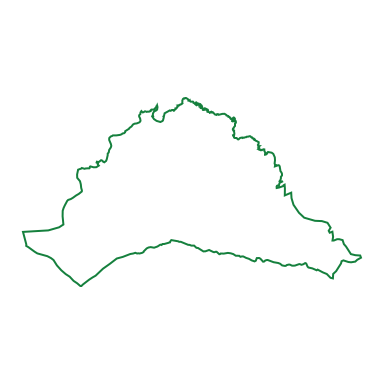 the district of Dauphin, Dauphin, Saint Lucia
{"feature_id": "8701671B67654174060035", "entity_name": "Dauphin", "entity_type": "district", "adm_level": 2, "iso_a3": "LCA", "parent_name": "Saint Lucia", "parent_adm1": "Dauphin", "projection": "orthographic", "projection_center": [-60.901, 14.058], "detail": "fine", "context": "isolated", "style": "outline", "palette": "green", "viewbox_px": 384, "rotation_deg": 0, "n_neighbors": 0, "source": "geoboundaries", "source_scale": "gbopen_adm2", "svg_char_len": 6060}
<svg xmlns="http://www.w3.org/2000/svg" viewBox="0 0 384 384"><path d="M23.0,231.9L26.3,244.4L26.2,245.9L28.3,247.1L34.6,251.7L37.3,253.4L47.4,256.2L51.0,258.1L53.5,260.0L56.9,265.4L61.3,270.3L65.7,274.1L69.7,276.7L73.6,280.9L77.2,283.3L80.3,286.0L81.4,286.0L82.9,284.5L89.1,279.7L92.6,277.4L95.6,275.7L103.0,268.7L109.9,263.8L116.8,258.5L122.8,256.9L130.3,254.0L133.3,253.5L135.3,252.8L137.1,253.5L138.2,253.3L139.5,253.5L142.0,252.9L143.5,252.1L143.8,251.3L146.7,248.4L148.5,247.5L150.7,247.1L154.1,247.7L157.5,246.5L160.1,244.8L161.2,244.6L161.6,244.9L162.7,244.0L164.2,244.0L168.9,242.7L169.4,242.3L170.0,242.3L170.3,241.4L171.3,240.1L178.2,241.3L179.1,241.8L180.8,241.8L188.1,244.8L189.7,244.9L191.3,245.6L194.1,245.6L196.4,247.8L198.0,248.0L203.4,251.4L205.4,251.3L209.1,250.0L213.5,252.1L214.3,252.2L216.0,251.7L216.6,251.8L219.3,254.2L220.0,254.1L220.7,253.5L223.8,253.6L227.9,252.9L230.7,253.3L233.3,254.1L235.7,255.7L239.2,255.8L240.4,256.8L242.1,256.4L243.4,256.5L246.1,257.9L248.9,258.8L251.7,260.4L254.6,261.4L255.8,260.7L256.8,258.1L259.1,258.0L260.4,258.7L263.1,261.7L264.2,261.5L265.1,260.6L266.4,260.1L267.7,260.0L273.6,262.2L278.2,263.0L280.2,263.8L282.1,265.4L284.6,265.9L285.7,265.9L286.7,265.1L288.6,264.6L289.8,264.6L291.9,265.6L292.9,265.7L294.9,265.6L298.9,264.2L299.7,264.1L301.5,264.8L303.4,264.2L305.1,263.1L305.6,263.1L306.3,263.7L307.5,266.5L308.4,267.5L312.4,268.4L316.7,270.3L317.6,269.6L322.9,272.4L326.8,274.0L330.5,277.8L332.9,278.4L333.2,273.9L336.1,271.2L341.0,263.5L341.6,261.2L343.4,260.4L348.4,262.0L351.1,262.3L355.3,261.6L357.2,259.8L361.0,257.7L360.2,255.5L355.4,255.2L350.9,254.1L346.0,246.5L343.9,244.1L342.6,240.1L339.2,239.2L337.1,239.2L333.9,240.5L332.5,240.5L333.1,236.8L332.4,231.7L329.7,232.7L328.7,230.8L330.6,227.7L327.5,222.8L321.9,221.1L315.0,220.8L304.2,217.7L299.0,212.8L293.5,204.8L291.5,198.1L291.2,192.7L284.8,195.4L284.9,188.6L284.6,184.7L283.5,185.3L283.1,186.1L279.2,187.5L276.7,188.0L276.6,186.6L277.0,185.8L277.5,185.5L278.9,185.6L279.4,183.3L279.9,182.7L282.2,181.6L282.1,181.4L281.7,181.4L279.9,181.8L279.5,181.3L280.4,180.0L280.9,178.4L280.9,176.9L282.0,175.4L282.0,173.9L281.5,172.5L280.5,171.2L279.7,166.4L279.2,165.5L278.3,165.2L274.9,166.4L275.0,165.7L276.0,165.0L275.0,164.6L274.6,163.5L275.0,160.2L274.8,157.3L273.3,153.9L271.7,152.7L268.0,152.0L267.3,152.6L267.2,153.5L265.8,154.6L265.0,154.7L265.0,154.0L265.5,153.2L264.4,151.0L264.3,149.4L263.3,149.3L262.0,150.1L261.6,149.9L260.9,150.3L259.6,149.8L260.0,149.4L259.8,149.3L258.4,149.0L258.9,148.5L258.5,148.1L259.0,147.4L258.4,147.0L259.4,146.1L258.7,146.1L257.9,145.1L257.9,144.8L258.5,144.2L258.7,142.2L256.6,141.0L255.5,140.6L255.1,140.1L254.4,140.0L254.2,139.8L254.7,139.3L254.3,138.8L253.4,138.9L252.9,138.1L252.3,138.1L252.1,137.4L251.2,137.2L250.4,136.3L249.6,136.2L247.9,136.7L246.8,136.7L246.2,137.2L245.4,137.2L243.8,137.8L242.9,137.5L242.4,138.0L241.5,137.6L240.0,138.0L238.5,139.4L237.8,139.3L236.6,138.0L234.8,138.0L234.1,137.6L233.8,136.6L234.0,136.1L233.1,135.7L233.0,135.2L234.0,134.8L234.4,134.0L234.1,131.6L233.8,131.3L234.1,130.6L233.8,130.2L233.1,130.1L232.8,129.2L233.1,128.4L233.7,128.0L234.1,127.0L235.0,126.0L235.0,123.4L235.2,123.0L235.9,122.7L235.8,121.2L235.5,120.8L232.7,121.4L232.1,121.1L232.2,120.8L233.3,120.7L234.8,119.8L234.9,118.7L234.2,117.7L233.6,117.5L232.9,118.1L232.8,118.9L231.9,118.8L231.2,119.2L230.7,118.9L230.4,118.0L230.0,117.9L229.5,116.9L227.6,116.8L228.3,116.5L228.2,116.0L226.5,115.5L226.3,114.9L224.5,113.8L222.3,113.9L218.7,114.8L218.0,114.1L217.2,114.1L216.6,114.4L216.5,114.9L215.0,114.5L212.8,112.2L212.4,112.1L212.0,112.5L211.3,111.7L210.6,112.0L210.3,112.6L209.8,112.8L209.6,112.4L209.0,112.1L207.5,111.8L207.5,111.2L207.1,110.8L208.0,110.4L207.8,109.7L206.0,108.8L205.2,109.0L205.1,108.4L204.6,108.3L204.1,108.8L204.6,109.4L204.6,109.8L203.1,110.0L202.9,109.9L202.9,109.4L202.3,107.5L201.9,107.9L201.3,107.4L201.0,108.1L200.6,108.0L200.2,107.3L201.2,106.5L201.6,105.5L201.3,105.2L200.7,105.2L200.3,104.1L199.7,104.1L199.1,105.2L198.7,103.6L197.9,103.4L197.4,104.8L196.6,105.3L196.2,105.1L196.2,104.5L197.0,103.3L196.4,102.4L195.9,102.5L195.5,103.5L194.9,103.9L194.2,103.1L193.5,102.9L193.4,102.1L192.9,101.6L190.8,101.7L190.1,101.3L189.8,100.3L189.4,100.7L188.4,100.7L188.2,99.4L186.3,98.1L185.6,98.0L185.1,98.0L184.6,98.6L183.7,98.4L182.9,99.1L182.3,100.7L182.4,101.9L182.2,103.1L182.4,103.4L181.3,104.3L180.4,104.4L179.3,105.1L178.3,105.3L178.8,105.6L177.3,106.5L177.4,107.1L176.7,108.0L175.4,108.4L175.6,109.2L174.5,109.9L174.2,110.6L173.6,110.7L173.2,110.0L171.9,110.0L170.7,110.8L169.8,110.4L164.6,113.3L164.0,116.0L163.5,116.4L163.8,116.8L163.7,117.7L163.0,120.3L162.5,121.0L160.4,122.0L156.6,120.9L154.0,119.1L152.1,116.3L152.3,116.0L152.9,116.5L153.2,116.3L152.8,115.1L153.0,113.4L153.8,111.9L154.2,111.4L155.4,110.8L155.8,110.3L156.3,110.4L157.1,109.6L157.5,107.1L157.1,105.4L156.6,106.5L156.3,106.5L156.2,107.3L154.7,108.6L154.6,109.2L153.3,109.6L151.4,109.6L150.6,110.4L150.8,110.8L150.7,111.1L148.9,111.7L147.8,111.6L146.7,111.9L145.6,111.4L144.7,111.4L143.6,112.2L142.6,112.4L141.4,111.1L140.5,112.4L140.3,114.2L139.4,114.9L139.1,115.7L139.2,116.7L140.1,118.4L140.5,120.7L140.3,121.3L139.5,122.3L136.8,123.4L134.5,123.7L133.0,124.5L131.5,126.5L129.5,127.9L129.1,128.7L125.2,131.2L125.1,132.3L124.1,133.2L122.5,133.5L121.6,134.3L119.9,134.9L116.3,135.4L112.9,135.4L112.1,136.0L110.9,136.4L109.4,137.8L109.2,138.6L109.2,140.0L110.9,144.0L111.3,145.9L110.8,147.5L109.2,149.9L108.7,152.5L107.7,153.6L107.7,155.2L106.8,159.1L106.1,160.9L104.3,162.3L103.1,161.7L102.4,160.7L101.1,160.2L99.1,161.8L98.2,162.0L96.9,161.7L96.6,162.6L98.0,163.4L97.8,164.5L98.8,165.6L96.3,167.2L93.7,167.3L90.3,166.4L89.9,166.7L89.7,167.9L89.4,168.3L85.9,168.4L84.6,168.8L81.8,168.0L81.4,168.5L78.1,169.7L77.1,174.5L77.2,177.8L80.0,181.2L80.8,184.3L81.2,187.9L81.9,190.4L81.8,191.5L78.8,193.9L76.2,195.4L72.9,197.8L70.7,199.1L68.2,199.9L67.2,200.9L64.8,205.4L63.6,208.0L62.7,210.8L62.6,216.3L63.4,224.5L59.1,227.3L48.3,230.4L23.0,231.9Z" fill="none" stroke="#15803d" stroke-width="2"/></svg>